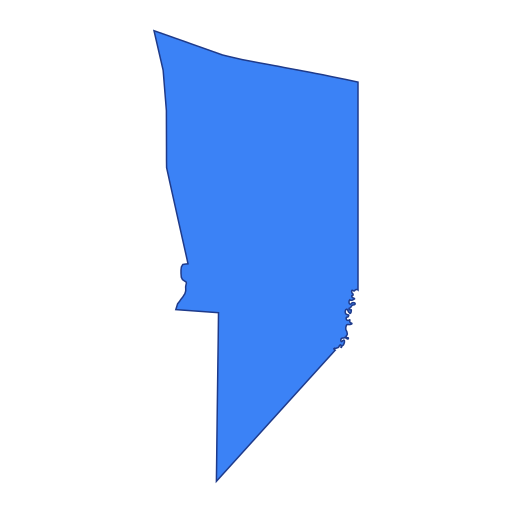 the district of Boven Digoel, Papua, Indonesia
{"feature_id": "22746128B21273779065212", "entity_name": "Boven Digoel", "entity_type": "district", "adm_level": 2, "iso_a3": "IDN", "parent_name": "Indonesia", "parent_adm1": "Papua", "projection": "equal_earth", "projection_center": [140.719, -6.154], "detail": "fine", "context": "isolated", "style": "filled", "palette": "blue", "viewbox_px": 512, "rotation_deg": 0, "n_neighbors": 0, "source": "geoboundaries", "source_scale": "gbopen_adm2", "svg_char_len": 5002}
<svg xmlns="http://www.w3.org/2000/svg" viewBox="0 0 512 512"><path d="M335.2,350.2L334.5,349.8L334.2,349.4L334.0,349.0L333.9,348.7L334.1,348.5L334.5,348.2L334.8,348.3L335.5,348.4L336.2,348.2L337.1,347.9L337.9,347.6L338.0,347.6L338.3,347.4L338.5,347.2L338.8,346.9L338.9,346.7L339.0,346.6L339.1,346.3L339.2,346.0L339.5,345.6L339.7,345.3L339.8,345.2L340.1,345.0L340.3,344.9L340.5,344.8L340.8,345.0L341.0,345.2L341.2,345.4L341.2,345.7L341.3,345.9L341.2,346.2L341.2,346.4L341.0,346.8L341.0,347.0L341.0,347.3L341.4,347.4L341.5,347.2L341.6,346.9L341.7,346.6L341.8,346.4L341.9,346.2L342.0,346.1L342.4,345.7L342.6,345.6L342.8,345.4L343.0,345.3L343.3,345.0L343.5,344.8L343.7,344.4L343.9,343.9L344.1,343.4L344.2,343.2L344.3,342.5L344.5,342.1L344.5,341.7L344.4,341.4L344.4,340.9L344.4,340.5L344.1,340.2L343.8,340.1L343.4,340.2L343.2,340.3L342.8,340.6L342.5,340.8L342.4,341.0L341.9,341.5L341.4,341.6L341.2,341.4L341.0,341.2L340.8,340.7L340.8,340.2L340.8,339.9L340.9,339.5L341.0,339.3L341.2,339.0L341.2,338.8L341.3,338.5L341.7,338.3L342.1,338.2L342.3,338.1L342.7,338.0L343.0,338.0L343.5,338.0L344.0,338.0L344.2,337.9L344.5,337.6L344.8,337.4L345.0,337.5L345.4,337.7L345.6,337.8L345.9,338.1L346.2,338.3L346.5,338.5L347.1,338.8L347.5,339.0L348.0,339.0L348.1,338.9L348.3,338.7L348.4,338.3L348.3,338.0L348.2,337.8L348.0,337.7L347.7,337.7L347.2,337.6L346.9,337.6L346.5,337.4L346.2,337.0L346.0,336.4L346.2,336.1L346.3,335.9L346.5,335.6L346.7,335.4L346.9,335.1L347.1,334.8L347.2,334.5L347.3,334.2L347.3,333.9L347.2,333.6L347.2,333.2L347.1,332.9L346.9,331.8L346.7,331.4L346.6,331.1L346.4,330.8L346.1,330.1L346.0,329.9L345.8,329.4L345.8,328.8L345.8,328.4L345.8,327.9L345.8,327.7L345.8,327.2L346.0,326.7L346.1,326.3L346.1,326.1L346.3,325.7L346.7,324.9L347.0,324.7L347.7,324.5L348.1,324.5L348.6,324.6L348.9,324.6L349.3,324.6L349.6,324.6L350.1,324.6L350.4,324.4L350.6,324.3L350.9,324.2L351.3,324.2L351.5,324.1L351.8,323.9L351.9,323.5L351.7,323.2L351.2,323.0L350.9,322.9L350.5,322.7L350.3,322.5L350.1,322.3L349.9,322.1L349.8,321.6L349.7,321.1L349.8,320.5L349.9,320.0L349.6,319.8L349.3,319.9L348.9,320.2L348.5,320.4L348.0,320.4L347.5,320.4L346.8,320.0L346.5,319.6L346.2,318.9L346.2,318.3L346.2,317.9L346.3,317.6L346.4,317.4L346.6,317.2L347.1,317.1L347.3,317.1L347.5,317.1L347.8,317.0L348.1,316.7L348.4,316.4L348.7,315.6L348.7,315.2L348.2,314.8L347.9,314.7L347.7,314.7L347.1,314.6L346.6,314.4L346.3,314.2L346.0,313.9L345.8,313.8L345.6,313.5L345.5,313.3L345.4,313.0L345.4,312.8L345.3,312.5L345.2,312.2L345.2,311.4L345.5,310.3L345.6,309.9L345.8,309.7L346.1,309.5L346.6,309.2L346.9,309.3L347.2,309.4L347.3,309.7L347.6,310.0L348.0,310.7L348.1,311.0L348.3,311.4L348.4,311.7L348.7,312.1L349.0,312.4L349.3,312.6L349.6,312.8L349.8,313.2L349.9,313.4L350.2,313.4L350.5,313.2L350.9,312.6L351.1,312.0L351.2,311.4L351.3,311.0L351.3,310.5L351.3,310.1L351.2,309.8L350.6,309.8L350.1,309.9L349.6,309.8L349.2,309.5L349.1,309.1L349.1,308.7L349.1,308.3L349.3,308.2L349.7,308.1L350.2,307.8L350.5,307.6L350.8,307.3L350.9,307.0L351.5,306.0L352.2,305.4L352.9,305.0L353.3,305.0L353.8,304.8L354.1,304.8L354.5,304.7L355.0,304.3L355.1,303.9L355.1,303.5L355.0,303.2L354.7,303.0L354.4,302.8L353.6,302.6L353.0,302.7L352.5,302.7L352.2,302.7L351.8,303.1L351.5,303.4L351.2,303.8L350.6,304.1L350.4,304.2L349.9,304.1L349.6,303.8L349.3,303.5L349.2,303.2L349.1,302.9L349.0,302.3L349.0,302.1L349.0,301.8L349.0,301.6L349.1,301.2L349.2,300.8L349.3,300.6L349.4,300.3L349.6,300.0L349.8,299.8L350.0,300.0L350.8,300.3L351.5,300.3L352.2,300.2L352.7,299.9L353.2,299.7L353.6,299.5L354.5,298.9L354.5,298.6L354.0,298.2L352.8,297.8L352.5,297.5L352.1,297.2L351.9,296.9L351.7,296.2L351.8,295.7L352.0,295.5L352.3,295.6L352.5,295.5L352.8,295.4L353.0,295.2L353.0,294.9L353.1,294.5L353.0,294.0L352.4,293.4L352.0,293.0L351.7,292.0L351.6,291.5L351.7,291.0L351.8,290.6L352.0,290.3L352.4,290.3L352.7,290.4L353.1,290.5L353.4,290.8L353.7,290.9L354.0,291.0L354.4,290.9L354.7,290.6L355.1,290.1L355.9,289.6L356.5,289.5L357.2,289.6L357.4,289.7L357.9,289.8L358.0,289.9L358.0,200.2L358.0,185.0L358.0,181.3L358.0,165.7L358.0,153.5L358.0,145.8L358.0,141.2L358.0,132.9L358.0,123.7L358.0,82.1L345.5,79.4L343.4,79.0L331.0,76.5L322.6,74.7L317.2,73.7L315.9,73.5L312.1,72.7L309.0,72.1L284.1,67.5L281.3,66.9L266.3,64.1L258.5,62.7L251.8,61.4L242.2,59.6L235.3,58.0L229.7,56.7L228.0,56.3L222.3,54.9L193.3,44.6L189.1,43.1L177.9,39.1L176.4,38.6L154.0,30.7L163.1,70.1L163.2,71.0L166.4,110.8L166.4,111.2L166.4,114.8L166.5,149.2L166.5,159.4L166.6,167.6L169.2,179.4L169.2,179.5L179.0,223.5L187.0,259.2L188.0,263.8L185.0,264.1L182.8,264.5L181.4,266.9L181.0,270.0L181.0,273.3L181.3,277.2L182.5,279.6L184.1,280.7L185.0,281.3L186.1,282.0L186.4,283.1L186.0,284.8L185.6,287.0L185.7,288.3L185.7,290.7L185.6,291.3L185.2,292.6L184.8,293.9L184.0,295.0L183.0,296.7L181.9,298.1L181.1,299.1L180.9,299.3L179.8,301.0L177.6,303.8L175.8,309.6L218.5,312.7L218.2,339.6L218.2,339.8L217.9,361.8L217.3,406.8L216.7,457.2L216.4,481.3L288.0,402.2L292.8,396.9L334.8,350.6L335.2,350.2Z" fill="#3b82f6" stroke="#1e3a8a" stroke-width="1.5"/></svg>